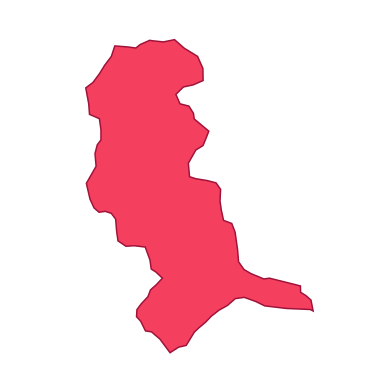 Cheongdo-gun, North Gyeongsang, South Korea (Mercator projection), rotated 82°
{"feature_id": "91817680B59018342058044", "entity_name": "Cheongdo-gun", "entity_type": "district", "adm_level": 2, "iso_a3": "KOR", "parent_name": "South Korea", "parent_adm1": "North Gyeongsang", "projection": "mercator", "projection_center": [128.808, 35.699], "detail": "fine", "context": "isolated", "style": "filled", "palette": "rose", "viewbox_px": 384, "rotation_deg": 82, "n_neighbors": 0, "source": "geoboundaries", "source_scale": "gbopen_adm2", "svg_char_len": 1377}
<svg xmlns="http://www.w3.org/2000/svg" viewBox="0 0 384 384"><g transform="rotate(82 192 192)"><path d="M326.7,88.6L315.6,89.2L310.7,93.4L306.4,98.4L300.1,97.7L288.1,127.3L288.1,133.0L281.0,145.0L276.0,151.3L267.6,155.6L255.6,154.9L246.4,154.9L237.9,154.9L228.7,157.0L224.5,164.7L213.9,165.5L204.7,165.5L193.4,163.3L186.3,166.9L182.8,175.3L179.3,186.6L176.5,192.3L163.0,191.6L151.0,182.4L147.5,174.6L140.4,170.4L134.1,166.9L120.0,179.6L114.3,179.6L106.5,183.1L103.0,191.6L93.1,194.4L86.8,185.9L86.1,176.0L83.2,165.5L71.2,164.0L58.5,167.6L48.6,179.6L38.7,188.1L39.4,199.4L37.3,207.8L37.1,208.8L35.9,212.8L38.7,222.7L41.6,227.6L39.4,235.4L36.6,248.1L46.5,253.0L54.3,260.8L62.0,267.2L69.8,274.9L74.1,282.7L90.3,282.0L100.9,282.7L106.5,273.5L117.8,273.5L127.7,274.9L132.0,279.2L140.4,282.7L153.2,283.4L168.7,295.4L184.9,294.0L194.1,291.2L199.1,286.9L199.1,280.6L201.9,274.9L208.2,271.4L220.3,272.1L230.1,272.1L236.5,265.0L237.2,256.6L240.0,246.0L253.4,243.1L262.6,243.1L266.2,238.9L273.2,233.3L278.9,240.3L283.1,246.7L289.5,250.2L295.8,258.0L300.8,262.9L307.8,264.3L312.8,260.8L323.1,257.4L324.9,251.5L328.5,248.4L333.1,244.3L348.1,236.1L343.8,226.9L343.1,219.1L331.1,209.2L327.6,204.3L322.7,196.5L317.7,190.2L312.8,181.7L309.2,172.5L303.6,164.0L303.6,154.9L309.2,144.3L314.9,135.8L320.5,114.6L324.8,91.3L326.7,88.6Z" fill="#f43f5e" stroke="#9f1239" stroke-width="1.5"/></g></svg>